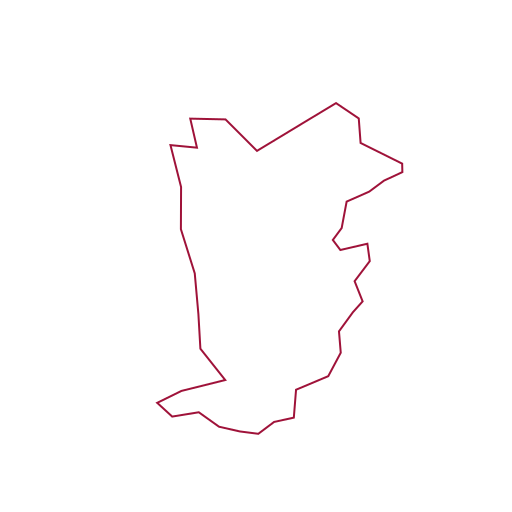 Buvayda, Ferghana, Uzbekistan (Equal Earth projection), rotated 229°
{"feature_id": "79887680B35623710055833", "entity_name": "Buvayda", "entity_type": "district", "adm_level": 2, "iso_a3": "UZB", "parent_name": "Uzbekistan", "parent_adm1": "Ferghana", "projection": "equal_earth", "projection_center": [71.095, 40.647], "detail": "fine", "context": "isolated", "style": "outline", "palette": "rose", "viewbox_px": 512, "rotation_deg": 229, "n_neighbors": 0, "source": "geoboundaries", "source_scale": "gbopen_adm2", "svg_char_len": 668}
<svg xmlns="http://www.w3.org/2000/svg" viewBox="0 0 512 512"><g transform="rotate(229 256 256)"><path d="M402.8,296.5L376.5,282.5L395.8,264.2L357.2,244.7L325.5,216.9L283.1,198.4L249.8,174.3L222.5,153.2L182.6,151.4L203.1,111.2L210.0,85.1L189.8,87.4L175.6,110.3L151.4,116.1L134.2,128.7L120.3,141.1L118.9,160.8L109.2,178.5L128.8,198.5L117.9,231.7L127.4,256.5L144.7,269.2L150.0,292.3L151.8,306.7L172.3,313.9L177.5,338.5L192.2,348.1L205.2,323.6L217.7,324.5L220.9,339.0L237.6,360.1L230.3,383.7L228.9,402.1L223.3,421.5L229.8,426.9L272.7,409.1L292.4,423.8L318.9,416.7L325.7,377.7L334.7,325.7L379.1,322.6L402.8,296.5Z" fill="none" stroke="#9f1239" stroke-width="2"/></g></svg>